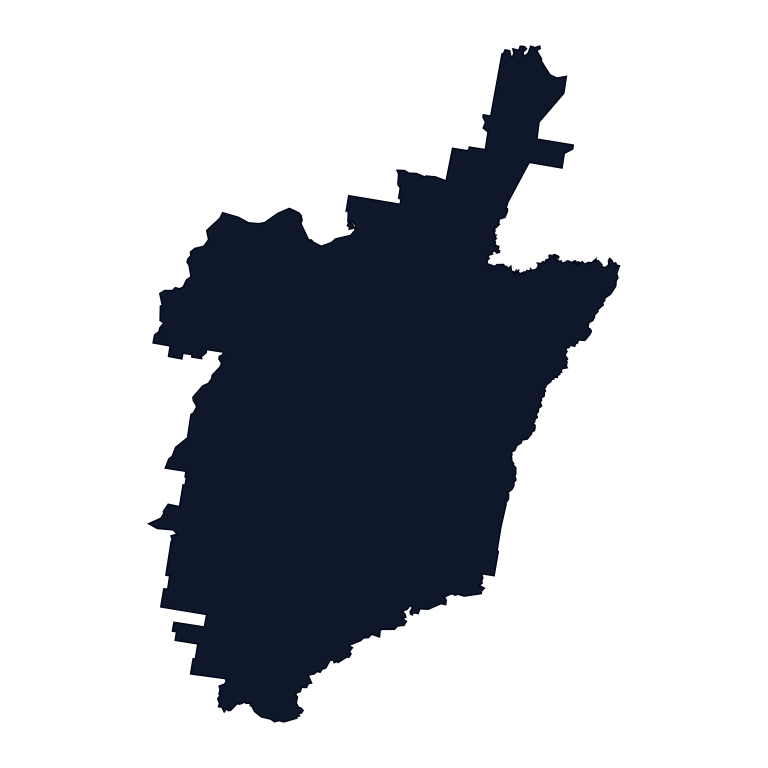 outline of Latrobe (Vic.), Victoria, Australia
{"feature_id": "25037944B78078629114467", "entity_name": "Latrobe (Vic.)", "entity_type": "district", "adm_level": 2, "iso_a3": "AUS", "parent_name": "Australia", "parent_adm1": "Victoria", "projection": "orthographic", "projection_center": [146.558, -38.254], "detail": "fine", "context": "isolated", "style": "filled", "palette": "ink", "viewbox_px": 768, "rotation_deg": 0, "n_neighbors": 0, "source": "geoboundaries", "source_scale": "gbopen_adm2", "svg_char_len": 6105}
<svg xmlns="http://www.w3.org/2000/svg" viewBox="0 0 768 768"><path d="M168.8,459.0L165.3,468.1L185.9,471.3L185.1,476.9L186.4,476.9L185.1,485.1L183.1,484.8L179.5,506.6L168.2,504.3L163.4,511.4L163.8,513.5L160.8,518.3L148.6,523.7L157.4,528.5L173.2,529.9L177.1,534.1L171.0,535.9L172.4,540.7L171.2,541.1L165.9,575.2L169.7,575.8L167.7,589.1L163.8,588.8L160.8,606.9L206.7,614.5L204.3,627.0L174.0,622.3L172.4,631.1L176.6,631.8L175.2,640.3L197.8,643.9L195.3,659.1L193.1,658.7L190.6,673.9L225.3,678.6L226.2,681.4L224.5,684.1L219.2,686.1L220.0,689.4L219.0,694.3L220.4,695.1L217.7,698.8L219.5,703.5L218.5,706.7L221.9,707.2L224.2,711.9L226.6,708.9L228.6,710.7L230.7,710.2L237.2,703.6L239.7,704.2L245.5,701.8L245.9,703.3L250.0,703.2L250.4,705.8L251.8,706.0L254.5,711.4L261.2,716.8L270.7,719.1L274.6,721.8L279.0,720.6L283.9,721.9L296.9,718.1L296.1,717.1L299.5,715.8L298.3,713.6L301.5,713.0L303.1,710.4L300.6,707.8L298.6,707.6L296.2,702.8L297.5,697.1L295.6,694.4L297.0,692.5L300.2,691.8L301.6,687.3L306.5,687.5L308.4,683.6L311.6,683.0L308.1,675.3L314.3,673.8L316.8,671.5L320.2,672.2L322.1,669.2L325.7,668.1L329.9,660.6L333.0,659.8L334.2,662.7L337.3,661.4L338.0,662.5L347.0,656.9L348.9,657.3L351.0,654.0L349.5,651.4L352.4,647.7L349.0,645.9L349.6,645.1L361.0,640.4L363.3,638.0L368.5,637.5L371.6,634.2L379.5,636.9L380.1,630.6L381.9,629.3L394.5,629.3L397.6,625.9L404.0,625.4L406.4,621.3L402.1,618.3L405.8,617.3L405.2,614.5L402.4,611.3L407.4,609.1L410.0,605.5L412.6,607.7L410.1,611.5L410.5,614.0L412.2,614.8L412.0,613.8L415.2,612.8L418.1,613.6L419.9,608.8L428.3,609.2L441.0,603.6L445.7,604.6L446.2,600.3L444.5,596.9L450.4,594.2L452.9,593.8L454.8,595.2L458.1,594.2L464.1,596.1L481.2,593.6L481.6,591.0L484.3,588.2L479.1,585.3L482.2,583.1L481.6,581.3L482.8,577.9L481.6,573.7L494.1,575.7L498.3,551.4L497.0,551.2L500.8,527.6L506.1,504.3L504.9,504.1L508.4,499.3L508.7,494.6L507.4,491.7L508.9,491.9L512.2,489.0L513.9,485.7L513.9,482.1L516.0,480.0L514.7,475.7L515.7,474.5L515.8,467.8L512.9,464.7L513.7,463.7L511.9,461.2L511.6,457.4L510.7,457.5L511.9,454.8L511.7,451.6L514.6,450.6L517.1,445.3L521.2,442.9L522.0,440.1L527.3,439.0L531.5,433.9L530.9,432.8L534.4,430.5L535.2,427.1L534.3,426.1L535.1,425.3L532.4,423.8L534.4,422.4L535.3,418.6L537.0,417.8L537.3,416.5L536.1,415.7L537.3,412.0L538.3,411.9L538.6,408.1L541.6,406.1L540.1,401.8L541.5,400.6L541.1,398.2L544.2,396.1L544.4,392.0L545.5,390.9L544.3,389.2L546.7,384.8L551.0,381.4L551.0,379.9L553.9,378.9L553.7,377.0L557.3,377.4L557.5,375.3L559.7,374.4L559.2,373.3L561.7,372.1L561.1,370.6L562.3,368.6L567.3,367.7L566.3,366.1L567.0,361.7L566.0,360.6L567.6,358.9L564.8,355.0L567.0,351.5L565.6,349.4L567.1,347.6L568.9,347.7L570.2,345.3L574.7,346.2L575.6,343.7L577.5,343.0L578.4,339.9L584.8,340.4L589.9,334.3L591.3,331.6L590.6,329.4L587.8,327.6L588.9,322.6L592.7,320.6L594.6,316.9L594.3,315.3L598.0,311.4L597.8,309.7L603.3,304.8L602.5,302.2L604.5,300.9L605.0,298.0L610.7,294.0L615.7,286.2L616.2,280.7L618.0,277.8L616.6,273.9L619.4,265.8L616.9,265.4L615.7,263.0L611.9,263.1L612.4,261.2L609.9,258.5L608.5,260.3L608.8,264.7L605.2,267.6L601.5,266.6L602.0,264.7L598.0,260.5L595.4,261.4L596.0,259.0L591.6,262.8L588.4,262.4L584.6,264.2L582.3,261.7L580.7,262.9L578.4,262.0L578.7,265.2L577.7,265.6L577.4,262.6L575.4,264.2L573.7,263.3L576.2,261.8L574.9,260.7L572.0,262.6L567.8,260.8L563.4,263.1L561.7,262.8L561.2,260.9L557.7,261.8L558.0,259.9L556.4,260.1L555.9,257.6L558.5,258.0L558.8,256.5L554.7,254.6L553.3,254.9L553.4,256.6L550.1,255.0L548.9,255.8L549.9,258.7L545.9,260.0L544.7,262.9L543.0,261.6L541.1,263.5L537.4,263.2L538.6,264.9L536.8,268.9L532.0,270.5L530.5,268.8L530.5,271.1L526.8,270.5L525.8,272.1L523.7,272.0L523.2,273.9L522.0,272.7L519.0,275.3L520.2,273.4L518.2,272.6L518.8,269.6L516.8,272.4L516.1,270.5L514.6,273.9L513.5,273.2L513.9,271.9L511.4,271.0L510.8,266.2L508.2,268.8L506.7,266.5L504.3,266.3L503.7,264.5L497.1,264.6L494.7,266.4L486.8,263.6L487.6,259.7L489.2,258.6L487.6,255.5L492.6,254.0L492.1,251.5L495.5,250.9L496.4,253.0L499.3,252.4L499.5,250.8L498.2,250.5L498.7,246.2L495.2,246.2L496.4,245.5L494.8,244.1L495.5,242.1L494.4,240.2L496.4,238.4L494.9,237.5L496.1,235.3L493.8,235.3L494.7,233.4L493.1,231.3L495.0,231.0L494.0,229.0L495.0,228.9L494.9,226.9L496.3,227.4L499.4,224.3L497.7,221.9L499.1,221.6L498.8,219.3L505.0,217.3L507.5,211.0L507.4,208.6L505.9,208.5L507.9,202.2L529.2,162.4L562.0,168.0L564.3,153.4L572.7,149.0L573.3,145.1L536.9,139.1L539.0,122.1L563.8,93.2L566.4,76.4L556.9,78.1L550.0,74.9L541.6,61.6L541.4,58.6L536.7,50.7L540.2,48.5L539.7,46.1L535.0,47.6L530.8,46.2L528.1,53.3L524.8,55.9L523.1,54.8L523.2,52.0L526.5,48.8L524.5,46.6L520.3,46.2L518.7,50.3L512.9,48.9L513.9,53.5L512.6,56.6L510.8,56.2L509.7,50.8L505.2,49.8L503.7,53.2L502.0,54.0L490.7,116.1L483.4,114.8L482.9,116.9L485.5,122.4L483.2,128.1L488.0,131.9L485.3,149.6L469.2,147.1L469.0,149.4L467.3,150.7L452.6,148.3L446.1,180.9L435.4,176.9L426.0,176.0L425.8,177.4L416.5,173.5L409.0,173.2L404.4,170.5L397.0,170.3L398.6,174.0L397.9,184.5L400.3,188.0L398.6,198.1L401.0,199.4L400.1,204.3L348.7,195.7L346.2,211.1L347.5,210.5L348.3,212.8L347.9,221.7L348.8,222.7L347.4,225.8L349.5,226.8L349.2,229.2L354.0,228.0L352.5,224.1L349.9,223.8L352.3,221.6L355.5,225.1L354.9,230.5L350.5,235.5L335.6,238.9L331.4,242.6L321.1,246.3L313.3,242.2L311.5,240.0L308.6,239.9L300.8,223.4L302.1,220.3L301.1,215.5L298.9,212.9L289.4,208.4L277.8,213.4L264.7,222.6L258.6,223.7L248.5,222.8L238.4,217.3L222.6,212.7L220.0,218.2L206.7,230.5L208.6,239.6L204.9,244.8L202.9,246.6L194.9,248.4L190.4,252.1L190.9,255.6L187.7,259.3L187.1,262.2L189.0,265.1L191.0,276.7L186.5,279.9L183.2,286.9L179.7,288.8L175.2,287.7L172.4,290.6L164.8,290.5L159.8,293.5L162.3,305.4L160.4,306.2L160.1,320.5L163.8,322.9L159.8,327.9L159.0,331.6L154.6,334.9L153.1,342.9L170.1,345.9L168.5,356.4L181.9,358.9L182.9,353.2L192.1,354.6L191.7,357.0L201.7,358.6L201.2,356.8L206.1,352.8L206.6,349.5L223.9,352.2L222.5,354.7L219.2,356.5L218.9,359.0L221.6,363.1L220.0,367.0L212.2,375.2L211.7,378.6L208.4,383.4L202.6,386.0L192.9,397.3L193.3,400.4L196.8,406.6L193.6,412.8L191.0,414.5L187.5,437.8L175.6,447.4L172.2,456.3L168.8,459.0Z" fill="#0f172a" stroke="#020617" stroke-width="1.5"/></svg>